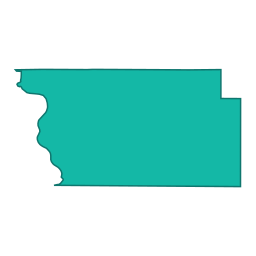 Woodbury, Iowa, United States of America (Robinson projection)
{"feature_id": "52423323B54538757084750", "entity_name": "Woodbury", "entity_type": "district", "adm_level": 2, "iso_a3": "USA", "parent_name": "United States of America", "parent_adm1": "Iowa", "projection": "robinson", "projection_center": [-96.343, 42.387], "detail": "fine", "context": "isolated", "style": "filled", "palette": "teal", "viewbox_px": 256, "rotation_deg": 0, "n_neighbors": 0, "source": "geoboundaries", "source_scale": "gbopen_adm2", "svg_char_len": 976}
<svg xmlns="http://www.w3.org/2000/svg" viewBox="0 0 256 256"><path d="M188.8,69.9L156.7,69.7L92.7,69.4L87.4,69.6L41.9,69.4L15.4,69.8L16.5,71.1L21.3,71.4L21.3,74.6L21.1,78.2L20.6,80.2L20.8,81.3L20.5,82.0L17.6,83.3L17.0,84.3L17.8,86.0L19.5,86.7L20.7,86.4L21.2,86.9L22.3,88.9L26.9,92.6L29.9,93.3L35.7,93.8L38.6,94.1L39.7,94.3L43.3,95.4L46.0,98.6L46.2,99.1L47.3,102.9L47.6,106.3L47.5,108.0L46.5,111.1L45.6,112.7L39.0,119.9L38.5,120.9L38.0,123.5L38.1,125.7L39.7,129.7L39.9,131.5L38.4,134.9L37.6,136.4L37.3,137.4L37.3,138.7L37.4,139.8L38.4,142.5L40.0,144.5L41.4,145.6L43.2,146.7L46.5,148.3L48.9,150.9L49.9,152.2L50.4,153.4L50.6,154.2L50.8,155.8L50.8,159.7L51.5,161.7L52.9,163.7L54.1,164.8L58.1,167.3L59.6,168.8L60.9,170.6L61.5,172.1L61.9,173.7L61.5,176.4L61.2,177.0L63.2,179.2L63.2,179.9L62.9,180.4L60.7,183.2L59.5,184.1L58.8,184.4L57.1,184.6L54.0,185.3L82.6,185.5L240.5,186.6L240.6,98.6L220.9,98.5L220.9,69.6L188.8,69.9Z" fill="#14b8a6" stroke="#0f766e" stroke-width="1.5"/></svg>